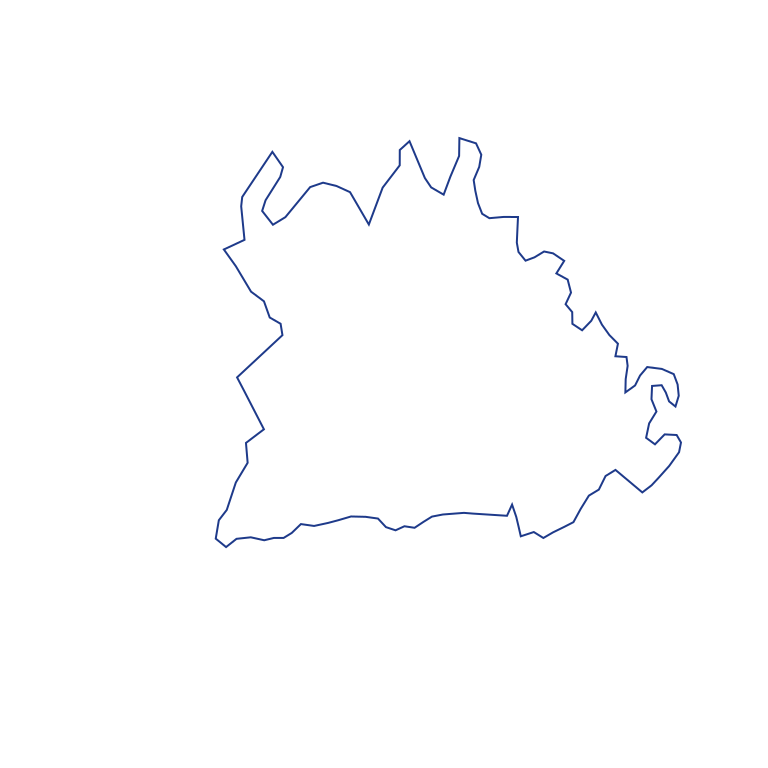 Centenário, Rio Grande do Sul, Brazil (Robinson projection), rotated 230°
{"feature_id": "56859067B70256380111407", "entity_name": "Centenário", "entity_type": "district", "adm_level": 2, "iso_a3": "BRA", "parent_name": "Brazil", "parent_adm1": "Rio Grande do Sul", "projection": "robinson", "projection_center": [-52.012, -27.763], "detail": "fine", "context": "isolated", "style": "outline", "palette": "blue", "viewbox_px": 768, "rotation_deg": 230, "n_neighbors": 0, "source": "geoboundaries", "source_scale": "gbopen_adm2", "svg_char_len": 1858}
<svg xmlns="http://www.w3.org/2000/svg" viewBox="0 0 768 768"><g transform="rotate(230 384 384)"><path d="M134.9,512.2L134.4,523.9L135.7,534.4L137.9,549.8L142.1,566.2L148.3,573.9L156.8,575.4L165.0,566.6L163.6,552.8L174.3,550.2L183.4,561.8L187.8,575.0L200.4,579.1L210.2,588.1L204.6,595.9L196.3,594.4L187.4,591.2L179.4,592.8L185.5,602.2L194.9,608.6L205.3,612.3L217.0,606.5L227.8,596.5L225.9,585.6L221.5,575.4L222.4,563.5L232.4,572.3L241.3,582.3L248.8,587.1L256.5,579.1L264.5,589.1L276.6,588.1L289.4,589.1L302.7,592.2L299.2,583.4L297.8,570.3L309.0,567.0L318.1,574.4L328.4,574.4L333.8,586.0L345.9,591.8L357.9,587.1L362.5,601.2L375.4,597.5L382.6,591.8L384.3,580.7L387.5,571.7L398.7,571.9L406.9,576.6L416.7,585.6L425.8,594.0L435.1,583.0L443.3,571.3L451.3,568.6L462.2,572.3L473.4,578.2L482.6,583.8L489.1,596.5L497.1,605.9L509.2,609.2L523.9,599.8L510.4,588.1L500.1,568.0L490.7,551.4L504.3,546.5L515.5,547.7L553.6,559.6L553.1,546.5L541.4,536.6L535.3,509.2L515.9,474.9L552.8,481.3L566.2,474.9L577.4,466.7L582.3,454.0L575.2,415.7L577.4,401.3L594.9,401.9L600.9,411.4L609.3,437.6L615.0,446.0L633.6,447.7L618.4,395.6L611.9,388.8L584.1,369.8L590.0,347.8L569.4,346.2L540.2,341.5L524.5,345.2L508.4,339.2L496.6,343.5L486.7,337.6L483.5,275.7L468.5,272.4L426.5,262.9L427.6,240.4L411.3,228.9L403.8,207.2L388.6,182.6L385.8,169.9L373.7,155.7L360.6,158.2L360.2,171.5L352.2,183.4L341.3,191.8L336.8,200.8L330.6,208.2L329.2,217.6L330.1,230.3L320.2,239.2L313.5,251.9L309.0,261.5L303.7,273.6L294.1,284.5L284.8,292.9L273.1,293.5L264.5,298.8L261.9,308.2L254.2,315.0L253.0,325.7L251.6,335.5L246.2,345.2L240.2,353.6L233.9,362.4L227.3,369.1L204.0,393.5L209.3,404.6L197.2,399.9L188.6,395.6L179.4,390.9L174.3,403.6L163.6,407.1L161.7,418.1L158.7,430.2L156.4,440.3L161.9,454.4L166.8,469.2L165.0,480.7L171.1,494.6L169.4,506.1L134.9,512.2Z" fill="none" stroke="#1e3a8a" stroke-width="2"/></g></svg>